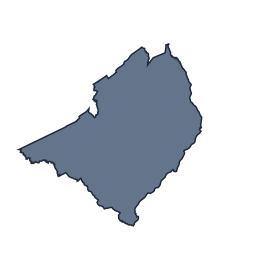 Candelaria, Valle del Cauca, Colombia (Equal Earth projection), rotated 221°
{"feature_id": "7082276B28574289150765", "entity_name": "Candelaria", "entity_type": "district", "adm_level": 2, "iso_a3": "COL", "parent_name": "Colombia", "parent_adm1": "Valle del Cauca", "projection": "equal_earth", "projection_center": [-76.363, 3.377], "detail": "fine", "context": "isolated", "style": "filled", "palette": "slate", "viewbox_px": 256, "rotation_deg": 221, "n_neighbors": 0, "source": "geoboundaries", "source_scale": "gbopen_adm2", "svg_char_len": 5775}
<svg xmlns="http://www.w3.org/2000/svg" viewBox="0 0 256 256"><g transform="rotate(221 128 128)"><path d="M152.5,218.1L153.9,215.4L152.7,214.4L149.3,209.1L154.9,197.8L155.0,196.7L154.5,188.5L155.3,189.7L156.2,190.2L156.2,190.5L155.8,190.8L155.8,191.0L156.2,191.5L157.2,192.2L157.3,193.4L157.6,194.1L158.8,195.2L159.9,195.4L160.5,196.5L161.3,197.4L162.7,197.4L163.7,196.7L164.1,197.4L164.4,197.7L165.2,197.3L166.6,197.7L167.4,198.8L167.8,198.9L169.5,197.9L170.5,198.2L170.8,197.4L171.3,194.6L173.4,186.1L173.5,184.5L173.1,179.8L173.4,178.0L174.1,176.3L174.1,175.7L173.9,174.8L173.2,173.6L173.1,172.9L173.9,169.3L174.6,167.3L174.9,163.5L173.3,162.5L173.7,162.0L173.5,161.1L173.5,160.5L175.3,152.4L178.5,153.5L180.4,146.1L180.8,145.2L180.6,145.1L180.9,143.9L180.7,143.7L180.8,143.4L181.0,143.5L181.2,143.0L181.3,143.1L182.8,138.3L182.0,138.4L180.7,137.1L179.9,137.2L179.8,135.9L178.3,133.9L178.0,134.0L177.4,134.8L175.1,135.7L174.6,134.3L174.5,133.4L174.0,131.0L174.4,130.0L174.0,128.8L173.2,127.9L173.1,127.3L173.3,127.0L173.1,126.5L171.9,126.8L171.3,127.3L171.2,126.9L171.0,127.2L170.5,127.2L170.2,126.8L170.0,127.5L169.7,126.9L169.2,126.9L168.9,127.5L168.5,126.5L168.1,126.4L168.0,126.1L167.5,126.0L167.4,125.3L167.2,124.9L166.1,124.5L165.7,124.0L161.9,121.8L161.3,120.7L161.4,120.2L161.2,120.0L160.7,119.5L159.9,119.2L159.9,118.5L160.2,118.1L160.4,117.6L160.3,117.2L160.6,117.1L160.7,116.9L160.5,116.3L160.3,116.3L160.1,116.0L159.9,114.1L160.9,113.8L162.0,114.4L164.6,114.3L165.4,114.6L166.1,114.2L167.8,114.0L168.5,114.4L170.2,117.0L170.1,113.1L171.9,107.0L172.4,104.4L171.0,103.6L171.0,103.4L171.1,103.1L171.4,101.4L171.2,101.2L171.4,100.5L171.3,100.4L171.5,98.9L171.6,99.0L171.7,98.1L175.7,88.9L175.5,88.7L176.2,86.7L189.1,56.8L196.1,40.4L195.4,40.9L194.6,41.8L194.5,41.7L194.5,40.5L193.4,39.8L193.3,39.1L193.0,39.2L193.0,39.9L192.8,40.2L192.4,40.0L192.4,39.6L192.2,39.5L191.6,39.7L191.0,40.3L190.5,40.5L190.0,40.2L189.5,39.2L189.0,39.4L188.2,39.3L187.9,39.7L187.5,39.8L186.7,39.0L185.9,39.0L185.1,38.6L184.8,38.2L184.7,39.0L184.6,38.1L183.9,38.1L183.6,38.6L184.0,39.7L183.8,40.2L183.1,40.8L182.5,40.4L181.9,40.9L181.8,40.7L181.9,40.0L181.7,39.7L180.2,38.9L179.7,39.3L178.6,38.5L178.2,38.0L177.8,37.9L177.6,38.1L177.7,38.4L178.3,38.7L178.1,39.3L177.9,39.4L177.6,39.0L177.3,39.1L177.0,38.7L176.5,38.9L175.8,40.3L175.8,40.8L176.0,41.3L175.5,41.3L175.4,42.1L174.8,42.0L173.9,42.5L173.5,42.5L172.4,43.4L172.5,43.7L172.9,43.8L172.7,44.7L172.9,45.1L171.5,46.4L171.2,47.0L170.8,48.5L169.7,48.4L169.4,49.5L168.9,49.8L168.7,49.6L168.6,49.1L167.5,48.7L167.2,49.0L167.2,49.8L166.9,49.8L166.7,49.5L166.5,48.8L166.2,48.8L165.8,49.1L165.3,49.3L165.8,50.0L165.8,50.4L164.7,51.8L164.4,52.0L163.9,51.9L163.1,51.3L162.4,52.0L162.5,52.5L162.3,52.7L161.8,52.3L161.3,52.5L161.0,52.1L160.3,52.7L160.0,52.7L159.8,52.6L159.6,51.8L159.2,52.0L159.0,51.3L157.9,50.9L157.0,50.1L152.6,48.9L152.7,48.5L152.2,47.9L149.5,46.0L149.2,46.4L149.6,46.9L149.3,47.8L148.7,47.3L149.0,46.7L148.5,46.2L145.6,53.5L140.4,52.7L138.5,53.2L136.1,54.4L135.2,54.2L134.7,54.7L133.0,55.3L132.5,55.7L131.4,54.5L130.9,55.5L130.9,58.0L130.7,59.0L130.1,59.1L129.3,58.3L128.7,58.0L128.1,57.8L127.6,58.0L126.4,57.3L125.9,57.3L125.4,57.6L125.1,57.5L123.6,56.4L122.4,57.0L121.2,57.0L120.9,57.5L120.5,57.5L117.9,55.2L116.6,54.7L116.1,54.7L115.6,55.2L114.7,55.5L113.2,55.6L111.1,54.6L110.1,54.5L108.5,54.8L107.5,54.0L105.2,54.0L103.4,54.3L103.0,54.0L102.6,51.6L100.8,50.7L98.9,50.6L98.5,50.6L97.7,51.4L96.6,52.0L96.1,51.8L94.5,52.1L92.8,51.4L92.1,52.6L89.8,55.4L89.0,56.7L88.2,57.5L86.1,57.1L84.7,57.4L83.9,57.1L81.5,58.1L79.3,58.7L78.2,58.7L78.0,56.1L75.7,53.7L75.3,53.5L74.0,53.3L73.1,52.9L72.2,53.1L71.9,53.6L71.7,54.3L71.2,54.3L71.3,53.7L71.2,53.7L71.2,53.3L70.1,53.7L68.5,54.8L68.1,54.2L66.0,54.8L65.9,55.3L64.3,55.1L63.0,56.0L62.1,57.0L60.9,57.1L60.6,57.6L59.9,57.6L60.0,59.2L60.7,60.4L60.9,61.2L60.3,64.7L60.6,66.2L61.4,67.4L62.1,67.9L62.5,67.8L62.8,67.5L63.1,66.8L63.9,67.4L65.2,67.7L65.6,68.0L65.9,68.6L66.9,68.3L67.6,69.4L69.5,71.0L70.1,72.7L70.4,77.9L70.7,78.5L70.9,79.7L70.9,81.4L70.1,84.9L69.9,86.8L70.4,91.2L70.3,91.8L69.9,92.5L68.4,93.2L67.7,94.6L67.1,96.7L67.0,97.6L67.2,98.3L67.9,99.6L67.9,100.5L67.5,101.4L66.4,102.6L66.1,103.6L66.4,105.9L68.1,109.4L68.2,111.3L67.7,115.0L68.6,117.6L68.7,118.9L68.0,121.0L66.9,123.1L66.8,123.8L66.9,125.7L66.7,126.2L66.3,126.2L65.2,125.5L64.7,125.5L63.8,126.0L63.0,127.1L64.6,130.5L65.3,133.5L67.0,136.1L67.3,138.1L67.1,140.4L68.4,145.2L68.9,146.2L69.7,146.9L70.6,147.0L70.8,147.2L70.9,147.6L70.8,148.2L69.5,150.5L68.9,152.5L68.7,154.3L69.3,157.2L68.4,159.5L68.3,160.3L68.5,161.5L70.2,164.3L70.8,165.7L71.1,168.2L71.0,169.2L70.5,170.9L70.7,173.4L73.0,173.7L73.2,174.6L73.6,175.1L73.1,175.6L72.9,176.3L73.0,176.5L73.7,176.4L73.9,177.0L74.3,177.1L74.8,177.8L75.3,178.0L75.6,178.8L79.5,184.5L81.6,184.9L84.9,186.6L87.3,187.1L90.2,188.5L92.1,188.7L93.5,188.5L95.8,189.1L98.0,189.0L101.0,191.1L101.7,191.9L102.5,194.8L103.1,196.0L104.8,196.8L107.6,198.9L108.2,200.0L108.5,201.8L108.9,202.2L109.6,202.5L110.0,202.2L111.3,202.8L111.9,202.8L113.0,203.2L114.4,204.3L115.5,204.6L116.8,205.3L117.4,205.4L117.9,206.0L119.1,206.6L119.6,206.6L120.2,207.7L120.7,208.2L122.5,208.3L123.4,208.8L124.7,208.7L125.1,209.1L125.5,208.8L126.8,209.2L129.4,210.4L130.2,211.1L131.0,210.8L131.8,211.9L133.0,211.5L133.6,212.1L134.3,211.8L135.2,212.5L135.8,212.2L136.0,212.6L136.2,212.4L136.4,212.5L136.8,212.3L137.1,212.5L137.4,212.0L137.5,212.6L137.8,212.3L138.1,212.6L138.3,212.4L138.5,211.8L139.0,211.5L139.3,211.6L139.4,211.2L139.9,211.2L140.1,211.0L140.5,211.2L141.4,210.6L141.8,211.1L142.1,210.7L142.7,211.2L143.6,211.1L144.7,212.0L145.9,213.3L147.1,213.6L148.2,214.4L150.9,215.5L151.4,216.2L152.1,216.5L152.4,217.0L152.0,217.7L152.5,218.1Z" fill="#64748b" stroke="#1e293b" stroke-width="1.5"/></g></svg>